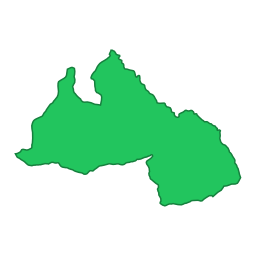 Dungmin, Pemagatsel, Bhutan
{"feature_id": "84629894B90871610259656", "entity_name": "Dungmin", "entity_type": "district", "adm_level": 2, "iso_a3": "BTN", "parent_name": "Bhutan", "parent_adm1": "Pemagatsel", "projection": "albers", "projection_center": [91.278, 26.981], "detail": "fine", "context": "isolated", "style": "filled", "palette": "green", "viewbox_px": 256, "rotation_deg": 0, "n_neighbors": 0, "source": "geoboundaries", "source_scale": "gbopen_adm2", "svg_char_len": 5838}
<svg xmlns="http://www.w3.org/2000/svg" viewBox="0 0 256 256"><path d="M67.4,69.2L66.5,75.4L65.6,77.1L64.1,78.3L60.6,80.3L58.6,81.7L58.1,83.3L58.0,86.1L58.5,91.5L58.1,94.6L57.2,96.9L54.5,100.3L53.8,101.0L53.3,101.7L53.2,102.3L52.4,103.1L50.4,104.2L49.4,105.5L46.4,109.8L45.9,111.0L44.0,113.1L42.5,115.9L41.8,116.4L37.3,118.4L35.3,119.4L34.1,120.3L33.2,121.4L32.4,123.4L31.8,125.7L32.0,128.9L32.6,132.4L32.7,138.3L32.4,143.0L32.1,144.2L31.8,145.0L31.9,145.9L31.8,147.6L31.5,148.1L28.7,149.6L26.9,150.1L23.0,149.3L21.7,149.7L20.5,151.7L19.1,152.6L17.9,153.2L16.8,153.6L15.4,153.8L16.5,155.9L17.2,157.1L18.3,157.8L18.9,158.0L20.0,158.7L21.1,159.6L23.7,161.1L25.4,162.5L25.6,162.8L27.6,164.6L28.8,165.2L31.9,165.7L33.4,165.2L35.6,165.1L36.2,164.9L38.6,164.9L39.6,164.7L40.8,164.7L41.7,164.4L44.4,163.8L44.8,163.6L48.0,163.8L48.6,164.0L49.6,163.3L51.4,162.4L53.0,162.3L54.1,162.7L55.2,163.0L56.3,163.0L57.3,162.8L58.0,162.8L58.5,162.9L58.9,163.4L59.3,163.9L59.9,165.0L61.0,166.3L62.2,167.0L63.3,167.3L64.5,167.4L65.0,167.6L67.0,167.7L68.0,168.1L69.2,168.8L69.8,168.9L71.1,169.4L72.2,169.6L72.7,169.8L74.3,170.8L75.4,171.3L78.6,172.3L81.8,172.9L82.7,173.3L83.9,174.1L84.9,174.2L85.9,174.1L86.8,173.8L87.4,173.3L88.0,172.6L89.2,171.4L89.5,171.0L89.9,170.8L91.0,170.7L92.2,170.9L93.0,170.9L93.3,170.6L95.0,169.2L96.6,168.1L99.1,166.1L100.8,165.7L101.3,165.7L103.8,165.2L107.2,164.3L108.9,163.8L110.0,163.8L110.4,164.0L110.9,163.9L111.8,164.2L113.2,164.4L115.3,164.2L116.2,164.0L118.2,163.8L119.7,164.3L120.7,164.6L122.2,164.8L123.3,164.6L123.8,164.5L124.5,164.1L125.8,163.1L126.3,162.8L127.0,162.6L129.5,162.3L130.0,162.1L130.7,161.8L131.5,161.7L132.4,161.7L133.0,161.6L133.6,161.3L135.2,160.9L135.6,160.7L136.3,160.1L136.7,159.6L137.1,159.3L138.6,159.4L139.4,159.2L140.7,159.0L144.5,157.4L146.1,157.1L147.2,156.8L147.5,156.5L148.4,156.2L150.2,155.6L150.5,155.4L151.2,154.7L152.0,154.8L152.4,155.2L152.6,155.8L152.6,156.3L151.0,158.2L148.9,159.7L147.1,160.8L146.3,162.2L146.6,163.8L148.4,166.5L149.2,168.3L149.4,170.7L149.6,171.3L148.9,173.3L149.1,175.2L150.1,177.3L150.2,178.2L150.5,178.9L151.6,179.7L155.6,183.1L156.3,183.6L158.2,184.8L158.5,186.2L158.4,186.7L158.5,187.3L157.5,189.1L158.2,191.6L158.7,192.4L158.8,192.8L158.8,194.0L159.0,195.3L159.9,196.7L160.8,198.6L160.9,200.6L160.9,201.0L160.8,201.5L160.3,202.0L160.1,203.1L161.0,204.0L162.7,205.1L164.8,205.8L165.9,205.5L166.9,205.0L168.1,204.4L169.7,203.9L171.6,204.0L173.0,203.6L178.0,204.6L181.4,204.8L182.0,204.6L183.1,204.2L184.9,203.3L185.8,203.3L186.8,203.0L187.4,202.7L190.1,201.7L191.4,200.7L193.1,200.5L197.3,200.3L198.6,200.4L200.7,201.0L202.1,200.8L204.1,199.0L206.0,197.7L209.2,195.7L211.9,195.6L212.9,196.6L217.9,192.2L221.2,190.2L223.1,187.5L223.8,186.2L226.9,185.8L229.5,184.9L231.4,184.1L235.3,184.0L237.4,183.2L238.5,181.6L240.6,177.6L239.4,174.2L239.1,172.6L238.1,168.7L237.3,167.4L236.8,166.2L236.7,165.5L236.1,164.6L235.4,163.7L235.0,163.4L234.8,162.9L234.9,160.2L234.4,159.1L232.4,156.0L231.9,154.9L231.2,153.8L230.4,152.8L229.7,152.3L229.3,151.7L229.2,150.8L228.0,148.1L227.0,147.1L225.6,145.5L225.0,145.1L224.1,144.8L222.8,144.3L221.5,143.0L220.9,142.1L220.7,141.7L220.4,140.6L219.8,138.6L219.9,137.5L220.1,136.5L220.2,135.6L220.1,134.4L219.9,132.2L220.0,131.6L220.4,130.9L220.2,130.5L219.8,130.2L219.4,130.0L218.9,130.0L217.9,130.3L217.4,130.3L217.1,129.9L217.1,129.4L217.3,129.0L217.3,128.5L216.9,128.1L216.1,127.6L215.4,126.4L215.1,126.1L214.6,125.9L214.1,125.9L212.7,125.3L212.3,125.0L211.6,124.2L211.3,123.9L209.8,123.6L209.3,123.3L207.6,122.0L207.1,121.8L206.1,121.7L205.1,121.8L204.6,121.8L204.3,121.6L203.2,120.6L201.9,119.8L201.6,119.5L200.5,118.4L199.3,117.4L198.5,116.5L197.3,115.4L196.7,114.0L196.3,113.8L195.8,113.8L194.3,114.0L193.9,113.7L193.8,112.6L193.6,112.1L193.3,111.7L192.5,111.1L192.2,110.7L191.8,110.5L190.8,110.4L189.8,110.8L188.8,111.0L187.8,110.9L186.1,110.3L185.3,110.4L184.1,111.4L182.9,112.2L180.6,113.2L179.3,114.0L179.0,114.4L179.0,116.5L178.7,116.9L178.3,117.2L177.8,117.3L176.8,117.2L175.9,116.8L175.2,116.2L174.8,115.8L174.4,114.9L174.3,114.4L174.3,113.4L174.2,112.9L173.7,112.7L172.8,112.4L171.8,112.1L171.5,111.6L171.4,111.2L171.3,110.2L171.0,109.2L170.3,107.9L168.6,107.2L167.1,106.9L166.7,106.7L165.7,105.5L165.4,105.1L165.3,104.1L165.0,103.7L164.6,103.3L164.2,103.1L163.7,103.1L160.2,103.3L159.2,103.3L157.7,103.0L157.0,102.7L156.8,101.7L156.5,100.6L155.2,98.5L154.3,96.7L153.6,95.7L152.6,94.7L150.4,93.8L149.6,93.4L149.1,92.7L148.6,91.8L147.9,91.1L146.2,90.0L145.5,88.9L145.2,88.2L145.0,87.6L144.6,85.4L143.9,84.7L142.2,84.1L141.4,83.5L140.7,82.7L139.8,80.2L139.9,78.3L139.7,76.4L139.6,75.9L139.3,75.6L138.7,75.5L138.0,75.8L137.6,76.2L136.8,77.1L136.3,77.1L136.0,76.8L135.7,76.4L134.7,72.6L134.3,71.6L133.6,70.9L132.7,70.6L129.7,70.0L127.6,69.3L126.9,69.1L125.9,69.1L125.2,69.0L124.5,68.6L123.8,66.9L123.8,65.6L123.6,64.4L123.4,64.0L121.9,63.0L121.7,62.5L121.8,60.9L121.7,60.4L120.9,60.0L120.2,59.7L119.4,59.3L118.9,58.9L118.6,58.5L118.5,58.0L119.8,56.2L119.6,55.4L118.6,55.2L116.7,54.6L116.1,54.1L115.8,53.4L114.8,51.9L114.5,51.4L114.0,51.1L113.4,51.0L112.8,50.5L112.2,50.2L111.0,50.2L110.8,51.2L110.2,52.4L109.6,53.6L109.4,54.4L109.6,54.7L110.1,55.0L110.3,55.6L109.8,56.3L109.0,57.2L107.9,58.0L107.1,58.8L104.1,60.7L101.8,62.0L100.6,62.9L99.8,63.5L98.3,65.3L97.3,66.8L95.8,70.0L94.9,71.4L93.9,72.2L92.4,74.3L91.9,75.1L91.0,77.6L91.3,78.7L92.9,79.1L94.6,80.8L94.9,86.3L95.4,88.7L95.5,90.6L96.7,92.5L98.3,93.1L100.1,94.3L101.2,95.2L101.7,97.1L101.5,100.2L100.5,105.1L97.8,104.6L94.8,104.3L90.9,102.7L87.4,102.0L84.4,102.2L83.3,102.0L82.7,101.8L81.3,100.6L80.6,99.1L78.4,97.3L76.6,95.5L75.4,93.9L74.1,92.6L73.5,90.9L73.4,89.3L72.6,86.6L73.6,84.4L74.7,82.5L74.9,79.6L74.1,76.6L74.6,74.2L74.8,71.3L74.4,68.4L73.2,67.8L72.5,67.5L71.9,67.5L71.2,67.5L70.5,67.8L67.4,69.2Z" fill="#22c55e" stroke="#15803d" stroke-width="1.5"/></svg>